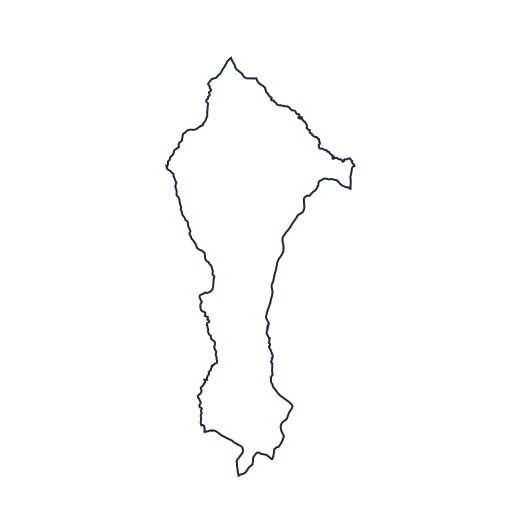 the district of Bochalema, Norte de Santander, Colombia, rotated 151°
{"feature_id": "7082276B10229211871917", "entity_name": "Bochalema", "entity_type": "district", "adm_level": 2, "iso_a3": "COL", "parent_name": "Colombia", "parent_adm1": "Norte de Santander", "projection": "mercator", "projection_center": [-72.657, 7.644], "detail": "fine", "context": "isolated", "style": "outline", "palette": "slate", "viewbox_px": 512, "rotation_deg": 151, "n_neighbors": 0, "source": "geoboundaries", "source_scale": "gbopen_adm2", "svg_char_len": 6123}
<svg xmlns="http://www.w3.org/2000/svg" viewBox="0 0 512 512"><g transform="rotate(151 256 256)"><path d="M126.3,286.9L125.9,288.5L126.6,290.3L126.7,291.5L125.8,292.5L126.4,293.6L126.3,295.6L127.1,296.3L129.8,296.5L131.6,297.6L132.2,297.5L132.9,296.4L133.4,296.2L134.5,296.5L134.6,299.1L136.3,300.2L137.0,301.1L137.6,302.6L139.8,303.8L140.9,303.4L141.6,303.8L141.6,304.7L140.0,305.3L139.8,305.5L140.7,306.4L140.6,307.4L141.6,309.5L141.7,311.7L143.0,312.8L143.1,314.4L144.1,315.0L146.4,318.1L147.9,318.8L148.3,319.4L147.6,322.5L145.8,323.1L145.3,323.7L145.4,325.5L145.0,325.7L144.2,327.6L145.2,329.0L145.3,330.7L146.6,331.5L147.8,333.4L148.2,334.4L147.8,335.5L149.1,337.7L149.0,338.4L147.9,340.0L148.8,340.9L149.7,343.6L148.2,345.0L148.1,349.2L149.2,351.7L149.2,353.5L148.8,355.1L148.9,355.5L149.5,355.8L149.8,355.6L150.3,354.7L150.6,354.6L151.9,356.1L151.2,357.2L149.6,358.4L149.6,359.0L150.2,359.8L151.3,360.3L151.6,361.0L151.5,362.8L151.8,364.4L154.0,366.1L154.7,368.2L154.7,369.0L155.8,371.6L157.9,372.7L159.0,374.0L160.9,375.1L161.5,376.1L162.8,376.6L163.7,377.5L164.2,378.6L164.5,380.7L165.3,382.1L165.1,382.6L165.4,383.6L166.7,384.5L167.0,385.0L167.0,385.7L165.6,386.7L166.9,389.5L166.9,392.3L167.6,394.2L166.6,399.1L167.4,401.5L169.0,404.0L169.9,406.6L170.0,408.5L169.6,411.3L170.9,411.8L178.0,415.9L179.3,417.6L179.7,418.6L179.8,422.0L182.8,429.5L182.7,431.0L182.1,433.2L182.2,438.5L181.8,441.4L186.2,440.4L191.4,437.0L194.0,435.8L199.0,432.7L201.3,432.4L203.4,431.4L204.5,431.2L208.9,432.2L214.1,430.1L214.5,429.7L214.6,428.8L214.1,427.0L214.4,426.3L215.0,425.6L214.7,423.9L215.0,422.6L215.7,422.2L217.7,422.0L218.5,419.1L218.9,418.8L220.5,418.6L221.7,416.9L223.3,416.7L224.1,416.3L224.6,414.9L224.0,412.6L224.1,412.2L225.6,410.5L226.6,408.7L228.9,405.6L230.8,402.0L235.1,398.6L238.5,397.2L238.7,396.5L239.1,396.1L241.2,396.5L247.2,395.9L249.7,396.7L252.1,398.4L254.8,399.0L255.9,399.0L258.7,398.1L259.8,398.3L260.6,398.0L261.8,396.9L263.1,395.0L264.2,394.1L264.6,392.9L268.1,392.1L269.6,391.1L270.2,390.0L270.3,389.0L270.8,388.6L271.3,388.4L272.2,388.7L274.0,388.2L275.5,388.4L277.2,387.2L278.3,385.9L279.3,385.0L283.5,383.8L284.7,382.0L287.3,381.3L288.3,379.1L289.1,378.4L289.8,378.0L290.1,377.5L290.6,378.1L290.8,377.1L291.5,376.1L290.9,373.6L289.6,371.9L289.4,369.9L288.4,367.9L288.5,367.5L289.4,365.9L289.5,365.1L290.2,358.6L292.7,356.3L294.0,351.1L295.9,347.9L295.9,346.9L295.3,345.0L295.4,343.4L296.8,339.5L298.0,334.7L299.3,333.1L299.4,330.8L300.4,327.9L299.9,324.1L300.2,321.6L299.3,319.8L299.4,317.8L300.5,316.0L300.9,314.4L301.0,311.5L301.4,309.4L303.4,307.8L303.7,306.6L303.4,304.7L304.0,302.5L303.4,300.2L303.0,295.5L303.5,293.1L303.6,291.5L302.6,289.3L300.5,286.4L299.4,283.5L301.5,279.1L301.8,277.7L301.7,275.6L300.4,273.3L300.6,272.0L300.0,269.8L299.9,268.2L300.6,266.6L301.0,263.7L302.8,261.4L302.9,260.7L302.4,258.7L302.5,258.1L302.9,257.4L304.0,256.6L308.5,249.7L310.5,247.8L312.5,247.1L314.7,247.0L317.1,247.6L318.3,248.7L321.0,248.5L323.1,248.9L324.1,248.8L325.0,248.0L325.6,245.6L325.7,242.0L327.4,241.2L328.7,239.6L329.6,237.9L330.3,235.4L330.0,234.2L327.8,231.1L328.3,230.0L329.8,228.5L329.7,228.1L327.7,226.1L328.1,225.1L329.4,223.9L328.5,223.0L328.4,221.8L329.0,221.1L331.0,221.0L332.4,219.8L332.6,218.1L333.6,214.6L334.5,213.3L334.9,212.1L335.1,210.4L334.2,208.1L334.8,207.2L335.4,205.1L333.8,201.4L333.7,200.7L334.8,198.6L336.5,196.9L336.8,196.3L336.9,195.1L337.4,194.1L337.1,192.4L337.3,191.3L339.0,189.4L339.8,186.0L340.5,184.9L341.1,182.6L342.2,181.5L344.5,181.7L346.1,181.2L346.9,181.3L347.4,180.9L347.6,181.4L348.0,181.2L350.7,178.2L353.8,177.3L354.2,175.5L355.5,175.0L357.4,173.9L358.0,173.2L358.8,171.4L359.9,171.6L360.7,172.8L361.2,173.0L361.4,172.6L361.2,171.0L361.7,170.3L363.5,169.6L364.1,168.9L368.1,167.6L368.5,166.9L368.9,164.7L369.9,163.5L370.8,162.9L372.8,162.2L373.7,162.2L374.8,161.6L375.3,160.7L375.0,158.8L375.4,154.5L375.9,154.0L378.0,153.0L378.4,152.1L378.3,150.9L377.3,149.0L377.7,148.4L379.1,147.5L379.4,146.7L379.5,145.2L381.8,143.2L382.9,140.2L385.0,137.3L385.7,135.8L385.9,134.4L384.8,134.3L383.8,132.8L384.7,129.8L386.0,127.7L386.2,126.9L384.6,126.7L383.2,125.9L382.0,125.9L380.1,125.4L379.3,124.3L378.3,124.6L375.9,122.1L373.1,115.9L369.4,110.2L366.8,106.7L365.1,102.8L361.4,97.0L360.8,95.6L361.0,93.6L361.8,92.0L362.9,90.5L371.1,86.9L372.6,85.7L373.0,84.1L374.6,81.2L377.8,72.3L374.6,72.2L372.2,71.6L371.2,71.6L369.1,72.2L365.6,74.1L364.0,74.7L360.0,75.4L356.5,80.7L353.8,82.3L351.4,83.3L350.2,83.4L348.6,82.5L347.3,80.2L345.9,79.3L343.0,76.6L340.8,70.7L340.2,70.6L338.1,72.3L336.1,74.7L334.1,77.9L331.0,78.7L330.1,78.6L329.2,78.0L326.7,79.1L323.0,81.3L319.0,84.8L318.7,90.1L318.1,92.7L317.0,95.1L316.3,95.9L314.8,97.1L313.7,97.6L308.0,98.6L304.0,102.2L302.2,103.5L298.5,105.4L297.1,106.5L296.9,107.3L297.0,109.8L297.7,111.9L302.8,122.8L304.5,132.7L303.9,136.0L303.9,138.2L303.7,139.3L302.5,141.0L302.1,142.4L300.5,143.5L299.5,143.7L298.8,144.8L297.3,148.5L295.4,151.1L294.9,152.5L293.9,154.0L294.1,154.3L294.1,156.2L292.0,157.9L291.3,159.2L291.0,159.1L291.1,158.5L289.7,160.7L288.8,166.9L288.9,169.7L288.0,171.0L287.2,171.0L286.8,171.4L286.4,172.3L286.8,173.7L284.1,177.1L284.6,177.2L284.2,179.0L284.3,183.5L282.9,184.7L280.5,188.3L280.2,188.6L280.2,187.8L277.3,191.1L277.3,196.5L276.7,198.1L271.4,203.6L267.6,206.8L267.1,207.6L266.0,208.1L265.4,209.3L261.1,213.6L258.9,216.6L257.2,221.7L256.2,223.1L254.8,224.4L253.4,225.3L248.3,231.3L244.5,235.1L241.2,239.3L239.0,241.3L237.0,242.6L233.1,244.4L230.9,245.9L229.5,247.3L227.0,251.5L226.0,255.0L225.2,256.9L224.1,258.7L223.0,259.7L218.2,262.1L213.9,263.7L207.1,267.5L203.2,269.3L200.0,271.2L198.1,271.5L194.6,271.6L193.2,272.1L191.0,273.9L190.1,275.0L188.2,279.3L186.3,282.9L185.7,283.5L182.6,284.1L181.6,283.7L180.3,282.7L175.1,284.4L171.9,284.7L167.2,287.6L166.6,288.7L164.9,290.6L159.1,290.7L157.6,290.1L155.5,288.0L151.7,286.1L151.1,285.2L148.9,283.3L148.4,282.4L147.6,279.9L147.5,278.4L146.3,275.5L143.8,272.5L141.6,270.8L141.6,270.1L140.8,269.0L137.8,273.9L135.8,277.5L135.3,279.2L131.8,283.2L130.1,285.6L128.2,287.1L127.3,287.2L126.3,286.9Z" fill="none" stroke="#1e293b" stroke-width="2"/></g></svg>